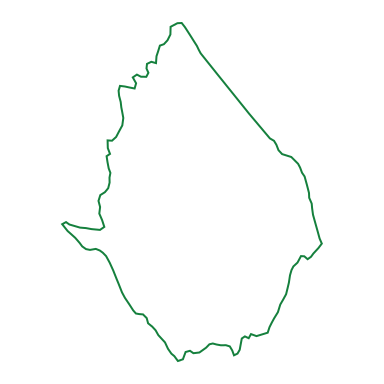 Sales, São Paulo, Brazil
{"feature_id": "56859067B21850639491006", "entity_name": "Sales", "entity_type": "district", "adm_level": 2, "iso_a3": "BRA", "parent_name": "Brazil", "parent_adm1": "São Paulo", "projection": "equal_earth", "projection_center": [-49.515, -21.337], "detail": "fine", "context": "isolated", "style": "outline", "palette": "green", "viewbox_px": 384, "rotation_deg": 0, "n_neighbors": 0, "source": "geoboundaries", "source_scale": "gbopen_adm2", "svg_char_len": 2022}
<svg xmlns="http://www.w3.org/2000/svg" viewBox="0 0 384 384"><path d="M62.2,224.2L67.6,231.0L75.2,237.8L79.7,243.0L82.2,246.4L86.0,249.1L90.0,249.9L95.8,248.9L99.8,250.5L102.8,252.7L106.1,256.1L109.7,262.7L113.2,270.4L116.7,279.2L118.6,283.8L122.0,292.4L124.9,297.8L129.6,304.8L133.2,310.4L135.9,313.5L139.3,314.1L143.0,314.4L146.7,318.1L148.1,323.3L152.3,326.7L155.6,330.3L158.3,335.1L161.6,338.7L165.0,342.4L168.0,348.8L171.4,353.7L174.3,356.1L177.9,361.0L182.9,359.3L185.6,352.0L190.0,350.8L193.4,353.2L199.4,352.5L206.1,347.7L209.4,344.3L212.8,343.5L216.5,344.5L221.0,345.3L225.9,345.2L229.8,346.4L232.2,350.4L234.0,355.3L237.5,353.6L239.7,349.8L240.8,343.8L241.8,338.5L244.9,336.4L248.7,338.2L251.0,334.1L256.5,336.1L267.7,332.7L269.5,327.2L271.8,322.6L274.2,318.2L277.9,312.2L280.3,304.5L283.2,299.5L286.1,294.2L287.6,288.1L288.9,282.6L290.0,275.3L291.5,270.1L293.4,266.4L297.5,262.6L301.0,256.1L304.3,256.3L307.6,259.2L311.0,256.8L313.4,253.5L318.4,248.1L321.8,243.6L319.6,238.5L317.8,231.9L315.3,223.0L313.0,214.7L312.1,208.1L311.7,203.6L309.2,197.8L309.0,193.0L306.9,184.8L304.6,176.5L302.0,172.7L300.1,167.6L298.1,163.8L294.7,160.4L291.3,157.0L282.1,154.1L278.5,150.2L276.4,144.8L274.0,140.8L269.9,138.4L249.1,113.7L240.1,102.5L217.1,73.9L200.7,53.4L198.7,49.7L196.9,45.9L194.6,42.3L190.0,35.0L184.9,27.1L181.7,23.0L177.4,23.2L170.6,26.8L170.4,34.5L167.5,40.3L163.9,44.2L159.9,45.6L158.1,51.4L156.5,56.2L156.0,63.1L151.3,61.8L147.0,63.9L146.5,68.5L148.4,72.8L146.3,76.8L140.9,76.7L136.9,74.6L132.8,77.4L136.1,83.3L134.6,88.5L129.0,87.4L124.9,86.5L120.0,85.9L118.6,90.7L119.1,95.8L120.7,102.0L121.3,107.3L122.2,111.9L123.3,118.0L122.3,125.4L119.1,131.3L116.1,137.0L112.0,140.7L107.6,140.4L107.8,148.1L110.0,153.9L106.6,156.2L107.5,162.1L108.7,168.4L110.4,172.9L109.5,177.6L109.6,182.6L108.2,188.2L104.9,192.2L100.3,195.1L98.5,200.9L100.1,207.0L99.3,213.6L102.1,220.1L104.3,226.9L100.0,229.9L91.5,229.1L86.0,228.1L80.0,227.6L69.4,224.5L66.0,222.1L62.2,224.2Z" fill="none" stroke="#15803d" stroke-width="2"/></svg>